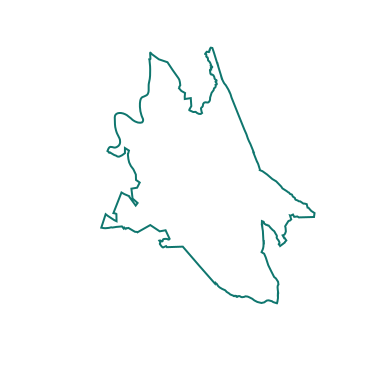 Līvbērzes pag., Jelgava, Latvia (Equal Earth projection), rotated 237°
{"feature_id": "27541924B18412094384348", "entity_name": "Līvbērzes pag.", "entity_type": "district", "adm_level": 2, "iso_a3": "LVA", "parent_name": "Latvia", "parent_adm1": "Jelgava", "projection": "equal_earth", "projection_center": [23.561, 56.717], "detail": "fine", "context": "isolated", "style": "outline", "palette": "teal", "viewbox_px": 384, "rotation_deg": 237, "n_neighbors": 0, "source": "geoboundaries", "source_scale": "gbopen_adm2", "svg_char_len": 5992}
<svg xmlns="http://www.w3.org/2000/svg" viewBox="0 0 384 384"><g transform="rotate(237 192 192)"><path d="M53.6,204.0L56.2,206.3L58.2,207.6L58.3,207.5L59.0,208.0L58.9,208.0L60.2,209.2L63.3,210.7L65.7,212.0L66.9,213.1L67.3,214.1L69.9,215.3L73.8,215.3L76.0,214.6L82.6,215.3L89.1,216.1L96.9,218.2L101.0,218.9L102.5,218.1L103.7,217.6L105.3,220.0L106.2,221.1L107.6,222.4L109.2,223.5L110.4,224.3L110.1,224.5L111.9,225.6L112.2,225.3L120.7,230.2L125.7,232.4L125.5,232.5L127.9,233.7L129.5,234.8L128.1,235.8L127.4,235.8L126.4,235.3L125.9,235.4L125.1,235.9L124.0,236.3L123.7,236.9L123.0,237.1L122.6,237.4L122.4,237.8L122.2,238.0L119.0,238.4L116.0,239.0L114.8,239.5L113.8,239.6L111.5,239.4L109.5,239.4L108.9,239.2L108.3,238.8L108.0,238.4L107.5,238.1L106.3,238.0L104.2,238.2L102.1,237.9L101.4,237.4L101.1,236.5L101.0,236.3L100.5,236.3L99.9,236.5L99.4,236.6L98.7,236.5L99.1,242.3L99.5,242.8L100.0,244.7L103.3,244.6L103.3,244.2L106.3,244.4L105.9,246.1L106.5,247.6L106.9,248.0L107.5,248.9L107.9,249.3L111.1,251.0L112.4,251.4L112.7,251.8L115.1,257.0L115.1,257.4L114.7,258.6L115.0,260.3L118.9,261.4L118.4,261.8L118.1,264.4L115.5,264.2L114.1,267.0L112.5,267.8L104.6,280.7L107.6,283.3L111.2,281.7L115.3,281.1L116.0,280.4L119.3,281.6L120.9,280.2L121.6,279.1L125.1,277.7L126.2,276.4L127.4,276.0L128.5,275.1L129.1,274.7L129.6,274.6L130.4,274.9L130.9,275.0L132.4,274.5L132.9,274.2L133.5,274.1L135.2,274.4L135.5,274.3L135.8,274.2L136.2,273.7L137.2,273.1L138.4,273.1L138.7,273.0L139.2,272.6L141.4,271.8L145.8,269.8L148.0,269.8L155.1,268.4L159.2,266.4L165.8,264.5L171.1,262.4L173.4,260.8L173.6,261.1L179.3,262.7L181.9,263.1L182.0,263.0L191.8,265.0L191.6,265.4L200.4,267.1L203.8,267.5L206.6,268.0L210.8,269.1L215.8,269.9L231.1,272.9L249.7,276.6L252.8,277.5L255.6,278.0L255.6,277.9L258.1,278.3L263.3,278.5L264.4,278.3L266.0,278.2L269.1,278.5L270.6,278.9L270.7,278.7L272.3,279.2L272.2,279.3L284.8,282.9L284.7,283.0L286.3,283.5L286.4,283.3L297.3,286.4L301.7,287.5L302.8,286.4L302.6,285.6L301.4,283.9L301.2,284.0L300.7,283.1L300.1,282.7L300.1,282.4L301.6,280.8L301.6,280.7L300.8,278.4L300.7,278.3L300.3,278.8L300.0,278.9L299.7,278.9L299.1,278.7L298.0,277.8L297.0,277.8L296.6,278.3L296.4,278.3L295.4,278.1L293.9,277.3L293.4,277.2L292.0,277.6L290.6,277.6L288.4,277.2L288.2,277.1L287.8,276.4L287.6,276.4L287.1,276.6L286.9,276.9L286.4,277.1L285.9,277.1L285.5,276.7L285.6,276.2L285.9,275.7L285.9,275.4L285.6,275.2L285.0,275.2L284.2,274.7L284.6,273.9L284.6,273.6L283.9,273.1L283.0,272.8L282.3,272.4L281.2,271.9L280.1,272.1L280.1,272.4L279.8,272.7L279.4,272.9L278.9,273.2L278.2,273.5L276.2,273.3L274.8,272.7L273.7,272.8L272.8,273.3L272.3,273.4L272.1,273.3L271.8,273.1L271.7,271.9L271.1,271.7L269.7,271.9L269.1,271.5L269.0,270.4L268.8,270.5L268.8,270.2L267.4,269.1L267.0,268.3L267.0,267.4L266.9,266.9L265.6,265.5L264.6,262.7L264.3,262.2L263.2,260.9L261.4,258.7L259.5,257.3L258.9,256.5L258.6,256.0L258.3,254.9L258.3,254.4L258.5,253.9L260.0,252.0L260.2,251.3L260.3,250.7L260.1,250.1L259.9,249.5L258.0,247.6L257.7,246.8L257.7,246.0L257.5,245.5L257.0,244.9L253.9,243.7L252.8,243.5L252.7,241.9L253.7,240.4L255.4,239.3L257.2,238.7L258.4,236.6L262.0,234.3L262.6,234.7L264.4,238.2L271.4,242.1L273.9,236.6L275.9,237.8L278.8,240.1L282.6,238.1L286.1,237.6L286.4,238.2L287.1,238.6L287.9,240.3L290.8,241.7L293.1,242.5L294.9,242.6L304.7,242.2L314.2,242.1L321.3,236.5L329.7,233.3L330.9,233.2L331.5,232.9L331.4,232.6L330.9,232.3L326.4,229.7L326.1,229.3L326.5,228.4L325.8,228.2L320.4,225.4L317.6,223.7L312.4,220.2L309.9,218.2L306.3,214.7L305.3,213.9L300.7,210.9L299.4,209.8L298.8,209.0L298.3,208.3L298.0,207.5L297.9,206.5L298.2,204.0L298.5,202.5L298.6,201.6L298.5,201.1L298.1,200.1L297.7,199.4L296.6,198.2L294.7,196.6L291.8,194.7L287.8,192.7L284.2,191.5L283.1,191.2L279.7,190.6L278.8,190.1L278.2,189.5L277.8,188.8L277.6,188.0L278.2,186.4L279.7,184.5L281.0,183.5L282.3,182.6L284.0,181.8L285.0,181.4L287.0,180.9L292.0,179.2L293.6,178.3L295.3,177.1L297.0,175.4L298.1,173.6L298.5,172.5L298.6,171.9L298.6,170.7L298.2,169.5L297.8,168.9L296.7,167.9L290.8,164.3L288.3,163.0L285.0,161.8L282.8,161.2L281.6,161.0L276.5,160.4L275.0,160.0L273.0,158.9L272.2,158.2L271.3,157.1L270.8,155.7L270.7,154.9L270.7,153.4L270.9,152.4L271.2,151.6L271.7,150.9L273.3,149.4L274.3,148.1L274.4,147.5L274.4,146.9L273.9,145.6L272.4,143.4L271.0,144.0L270.5,143.8L270.1,144.3L270.0,144.1L269.5,144.5L269.1,145.1L265.6,146.8L263.7,148.2L262.7,148.6L262.1,149.1L261.5,149.9L261.3,150.3L261.1,151.6L260.9,153.4L261.1,156.9L265.4,159.7L261.1,161.7L259.1,159.5L259.0,159.4L259.0,159.2L258.1,158.5L254.3,156.6L251.0,155.4L247.1,154.9L242.9,155.2L237.2,154.4L232.6,151.6L228.4,153.3L225.5,148.3L227.8,143.0L218.9,138.6L212.4,140.4L211.3,137.4L222.1,136.8L222.6,137.1L227.1,134.1L230.0,132.6L217.1,114.6L215.4,116.3L214.7,116.6L208.6,112.8L210.7,111.5L218.0,108.3L220.4,107.5L211.5,96.5L209.7,98.4L208.7,99.8L207.4,102.3L206.9,103.4L206.7,104.2L206.3,105.1L205.6,105.8L204.4,108.4L203.9,109.6L202.6,112.0L201.3,114.5L198.6,114.8L199.0,115.7L198.0,115.8L197.5,116.6L197.3,116.6L197.5,117.2L197.1,117.5L196.5,119.1L189.7,122.5L188.4,124.2L188.2,124.4L187.9,124.4L187.0,139.0L176.6,143.5L174.3,149.0L164.9,147.7L164.7,146.9L164.9,146.4L165.2,146.1L165.9,145.7L166.6,145.0L167.3,144.0L167.9,142.7L168.0,142.2L167.9,141.9L167.6,141.4L166.8,140.5L166.8,140.2L167.1,139.8L168.5,139.1L168.8,138.7L169.0,138.1L167.9,138.1L167.0,137.9L166.5,137.5L166.3,137.0L165.8,136.7L162.6,136.9L161.3,137.5L160.7,140.8L159.4,140.9L151.2,154.5L125.6,158.0L102.4,161.4L103.0,162.2L102.0,162.4L101.6,162.7L99.0,162.7L98.1,162.9L97.0,163.2L94.3,164.5L91.7,166.2L90.6,166.5L89.5,166.6L86.9,167.8L85.2,168.3L82.5,170.2L82.0,170.3L81.6,170.8L81.6,171.5L80.8,172.4L80.0,172.2L79.5,172.6L79.4,173.0L79.8,173.3L79.6,173.6L79.1,174.8L78.6,175.3L77.1,176.1L76.5,176.7L75.6,178.7L75.4,180.0L74.0,181.7L72.5,182.7L69.6,184.4L67.2,185.2L64.2,186.9L61.1,189.8L60.1,192.5L60.2,194.3L60.2,195.7L59.4,197.3L56.8,199.6L55.5,200.1L52.8,202.3L52.9,202.5L52.5,202.8L53.6,204.0Z" fill="none" stroke="#0f766e" stroke-width="2"/></g></svg>